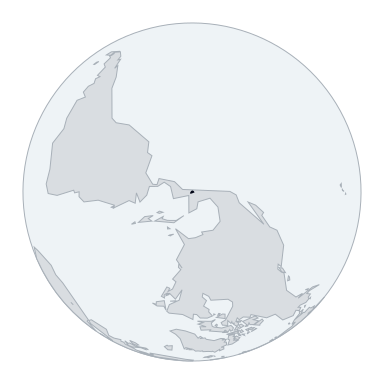 globe centered on Baja Verapaz, rotated 163°
{"feature_id": "GTM-1942", "entity_name": "Baja Verapaz", "entity_type": "Department", "adm_level": 1, "iso_a3": "GTM", "parent_name": "Guatemala", "parent_adm1": "", "projection": "orthographic", "projection_center": [-90.369, 15.089], "detail": "fine", "context": "on_globe", "style": "filled", "palette": "ink", "viewbox_px": 384, "rotation_deg": 163, "n_neighbors": 0, "source": "natural_earth", "source_scale": "10m", "svg_char_len": 8467}
<svg xmlns="http://www.w3.org/2000/svg" viewBox="0 0 384 384"><g transform="rotate(163 192 192)"><circle cx="192" cy="192" r="169" fill="#eef3f6" stroke="#a8b0b8"/><path d="M227.3,210.9L223.3,209.3L219.6,214.5L205.7,207.0L200.3,197.2L155.6,181.5L150.6,176.3L150.0,167.9L132.7,140.1L141.3,166.0L135.0,160.8L129.5,151.5L132.1,149.3L127.9,135.9L121.9,130.6L119.9,114.3L128.5,94.6L130.7,97.8L132.5,93.2L129.9,89.2L127.7,87.7L130.3,70.3L123.3,61.2L116.0,62.8L121.5,59.4L104.3,66.0L97.3,66.2L108.4,63.4L111.9,61.3L108.6,59.9L111.6,57.5L111.7,55.6L115.4,53.1L121.6,52.2L124.2,50.7L121.7,49.9L124.0,47.2L127.2,48.5L131.4,44.2L142.6,43.1L148.1,50.8L157.4,49.9L171.4,57.5L173.2,55.3L179.6,57.5L184.2,56.1L185.5,58.4L187.9,55.3L185.9,53.5L186.3,51.7L188.8,50.8L190.9,53.4L189.9,54.2L191.8,54.6L191.8,56.4L193.2,55.0L195.4,58.6L196.9,53.9L201.8,55.8L202.3,58.6L197.4,59.8L186.5,70.8L185.4,74.9L188.9,78.9L205.6,83.0L206.5,87.3L211.2,91.9L212.9,88.6L209.9,83.9L214.3,79.5L210.0,74.7L211.1,72.5L208.7,67.5L214.2,66.9L221.0,69.1L223.3,73.4L226.4,74.7L228.4,69.8L236.8,77.6L249.4,82.9L251.0,85.4L246.6,90.9L235.9,92.3L230.1,101.4L239.2,94.4L243.0,101.5L245.9,102.5L248.7,101.7L249.3,98.7L251.8,101.2L243.8,108.5L241.4,106.4L244.0,103.9L239.0,104.9L233.6,110.8L236.0,114.4L225.4,121.0L227.0,123.9L225.5,127.3L223.7,122.1L226.7,131.8L214.6,144.0L218.5,161.7L209.0,148.4L202.1,147.3L194.0,148.1L194.5,150.9L183.1,149.3L173.7,155.7L171.6,170.0L176.6,180.8L189.1,180.8L192.3,174.6L201.1,172.9L196.1,189.6L211.7,191.1L210.9,203.5L215.7,209.5L223.2,207.4L231.1,209.8L236.2,202.2L244.7,197.6L245.4,207.4L249.6,197.9L254.7,202.2L271.2,199.7L270.1,202.1L284.1,211.6L298.2,214.1L301.4,220.5L299.9,225.2L304.5,225.5L304.6,228.3L322.0,228.2L330.0,232.6L329.1,242.3L321.2,255.4L311.0,279.5L296.0,290.0L290.2,299.2L275.1,313.3L266.2,314.0L266.7,319.3L260.2,323.4L253.9,324.5L251.1,328.5L246.3,329.2L248.3,331.2L238.4,336.8L238.6,340.2L230.7,344.2L231.0,346.0L228.9,346.2L226.1,347.1L225.1,348.2L219.5,347.0L220.4,342.6L224.3,340.0L221.5,339.8L229.8,332.9L226.0,334.5L230.9,324.1L238.3,314.6L246.9,286.0L244.3,280.4L232.5,274.5L218.6,252.6L223.0,242.7L219.7,238.4L230.6,223.8L227.3,210.9ZM46.8,156.5L47.8,152.6L48.3,155.4L46.8,156.5ZM47.6,150.0L47.4,151.4L47.4,150.2L47.6,150.0ZM47.1,149.1L47.5,149.8L46.9,149.3L47.1,149.1ZM46.3,148.2L46.8,148.5L46.7,148.6L46.3,148.2ZM218.3,167.9L236.2,175.1L226.7,177.0L228.4,175.2L223.7,172.0L215.3,169.4L206.7,171.8L218.3,167.9ZM45.5,145.8L45.4,145.0L46.0,144.9L45.5,145.8ZM224.8,157.4L221.8,157.0L224.7,156.7L224.8,157.4ZM126.2,87.6L129.5,89.4L130.8,94.2L127.7,92.8L126.2,87.6ZM124.2,79.3L126.5,79.2L124.3,83.5L123.6,82.2L124.2,79.3ZM110.1,64.7L112.2,65.4L109.2,65.6L110.1,64.7ZM111.0,55.8L109.5,56.5L110.2,55.3L111.0,55.8ZM205.8,68.3L207.2,67.9L206.9,69.0L205.8,68.3ZM203.4,66.6L202.0,68.1L200.7,67.6L201.5,66.6L203.4,66.6ZM116.6,50.4L118.2,48.6L117.6,50.3L116.6,50.4ZM205.3,64.9L198.5,66.4L196.1,65.5L197.4,61.3L205.3,64.9ZM119.8,47.4L123.6,43.4L120.5,44.3L131.4,39.8L124.6,44.4L124.4,46.2L122.4,46.1L119.8,47.4ZM184.2,53.4L186.5,55.2L182.3,54.6L184.2,53.4ZM181.4,53.4L167.9,55.0L165.7,52.2L170.7,52.0L166.1,49.4L171.6,47.2L175.4,48.2L175.7,50.3L177.6,47.9L181.4,53.4ZM136.7,38.3L138.6,37.4L137.8,38.2L136.7,38.3ZM186.1,50.9L183.6,51.3L181.5,48.8L186.2,47.6L185.4,48.8L186.1,50.9ZM162.1,50.0L161.4,48.1L165.7,45.7L166.1,44.8L171.6,46.9L162.1,50.0ZM187.1,48.9L188.7,47.1L191.9,47.5L188.5,50.4L187.1,48.9ZM179.0,48.8L178.3,47.6L180.2,47.8L179.0,48.8ZM204.2,48.7L201.2,48.9L199.9,47.6L204.2,48.7ZM189.0,46.4L187.9,46.3L187.1,45.8L188.7,44.8L189.0,46.4ZM174.2,45.3L176.2,44.8L172.2,44.2L175.3,42.7L178.4,44.5L178.4,43.1L179.3,42.7L180.8,44.7L174.2,45.3ZM187.8,42.7L192.9,44.9L198.7,44.6L200.0,45.7L190.4,46.0L187.8,42.7ZM183.6,43.6L186.5,43.2L186.7,44.6L184.8,45.8L183.6,43.6ZM176.2,41.1L170.7,43.0L170.2,42.5L176.2,41.1ZM189.5,42.2L188.2,41.7L189.9,42.1L189.5,42.2ZM180.3,41.1L178.4,41.7L177.9,41.2L180.3,41.1ZM187.3,40.3L188.9,41.0L187.7,41.7L187.3,40.3ZM184.1,40.4L183.8,39.6L186.3,41.6L183.3,40.8L184.1,40.4ZM180.1,40.5L179.2,40.4L181.0,40.3L180.1,40.5ZM191.1,37.4L194.5,39.8L191.7,41.3L188.8,38.7L191.1,37.4ZM228.1,349.6L219.6,347.6L224.7,348.5L230.0,346.5L233.8,348.1L228.1,349.6ZM242.9,344.0L247.9,342.4L248.6,342.8L245.3,344.0L242.9,344.0ZM307.9,69.1L306.7,68.0L310.3,71.4L311.4,72.5L314.9,76.1L311.2,72.9L315.2,78.6L327.4,95.7L328.3,99.3L325.7,99.3L314.0,85.7L313.5,79.2L309.3,75.1L303.2,71.6L303.6,70.2L301.1,68.2L300.3,66.0L293.1,59.2L291.3,57.0L282.6,51.3L280.6,49.6L286.3,53.3L289.4,54.9L284.3,50.5L281.7,48.8L276.4,45.7L275.7,45.2L271.2,42.8L267.4,40.8L278.3,46.7L288.7,53.4L298.6,60.9L307.9,69.1ZM266.1,40.2L268.8,41.8L262.7,39.0L256.0,36.0L254.6,35.6L265.5,40.7L269.3,42.5L271.6,43.4L282.5,49.7L285.5,52.0L276.3,47.3L279.6,50.4L271.1,46.1L246.9,33.8L239.9,30.8L240.5,30.2L246.1,31.9L247.8,32.6L249.6,33.2L266.1,40.2ZM195.3,23.1L182.9,23.5L174.9,24.0L176.4,23.8L163.0,25.6L155.0,27.1L156.3,26.9L150.8,28.4L153.2,27.9L153.4,27.9L140.2,32.8L135.8,34.3L131.6,37.2L132.2,37.3L135.2,36.2L131.4,39.8L120.5,44.3L119.6,43.9L113.5,47.4L112.2,46.3L108.3,47.3L110.5,44.8L107.2,46.3L105.2,47.6L99.2,51.0L96.1,52.9L105.5,46.9L107.2,45.8L116.8,41.9L113.7,42.7L117.1,41.0L117.6,40.5L115.1,41.6L113.2,42.6L114.9,41.7L125.7,36.6L136.8,32.3L148.2,28.8L159.8,26.1L171.6,24.3L183.4,23.3L195.3,23.1ZM360.0,173.7L359.0,185.4L356.5,181.1L348.1,163.1L346.5,152.7L342.2,142.9L328.5,100.1L330.1,99.2L324.3,87.0L326.6,89.9L334.1,100.6L340.7,111.8L346.5,123.5L351.3,135.6L355.1,148.1L358.0,160.8L360.0,173.7ZM338.5,118.9L340.1,121.9L338.5,118.9ZM271.7,199.4L273.7,201.1L271.2,201.5L271.7,199.4ZM225.7,181.1L229.4,181.1L231.4,182.5L228.7,183.2L225.7,181.1ZM255.3,178.5L259.3,178.9L255.3,180.2L255.3,178.5ZM238.9,175.9L252.1,178.6L244.4,182.3L236.0,180.8L241.6,179.4L238.9,175.9ZM223.8,163.3L226.2,163.8L225.7,165.7L223.8,163.3ZM226.9,157.2L226.1,157.5L224.8,156.1L226.9,157.2ZM243.5,101.1L244.2,100.6L247.3,100.4L246.2,101.8L243.5,101.1ZM258.7,93.2L262.3,97.4L259.0,95.1L258.2,97.5L250.3,96.2L251.4,86.6L252.3,91.0L258.7,93.2ZM240.0,92.5L244.9,94.0L239.5,92.8L240.0,92.5ZM287.8,61.3L289.6,61.5L292.8,64.1L295.0,68.3L290.3,64.4L287.8,61.3ZM291.2,61.2L281.6,56.1L279.8,53.8L282.5,55.9L282.3,54.8L286.4,58.0L294.2,61.2L297.6,63.8L299.8,69.4L297.2,65.9L295.7,65.8L291.2,61.2ZM260.0,51.8L255.8,50.8L257.4,46.7L261.2,48.2L263.6,52.2L260.6,52.8L260.0,51.8ZM208.9,57.6L207.2,58.4L206.6,57.5L207.6,56.2L208.9,57.6ZM202.9,48.9L215.8,53.9L214.5,54.8L223.7,57.2L223.8,60.8L217.9,59.0L224.8,63.9L219.5,63.8L224.6,66.9L211.4,62.7L206.9,63.2L211.8,61.1L211.9,57.7L210.5,56.4L203.3,53.2L193.7,53.0L192.1,50.1L193.6,48.0L195.7,47.6L196.1,49.5L198.6,47.6L200.7,50.2L202.9,48.9ZM212.0,32.1L211.5,33.5L217.0,32.1L219.1,33.8L219.6,33.5L223.1,34.8L228.2,36.1L228.4,37.0L230.3,37.2L232.6,38.2L235.2,38.8L236.6,40.7L240.0,41.7L238.7,42.1L244.1,43.4L240.7,43.3L243.4,45.0L245.3,44.2L246.2,55.2L249.2,60.7L253.6,65.5L247.2,65.4L239.0,61.1L230.9,55.3L228.9,50.4L226.3,51.5L224.6,49.6L227.4,49.5L222.1,48.6L221.5,47.0L214.3,43.4L207.2,43.5L204.3,42.4L206.8,41.6L202.3,41.1L205.0,39.0L203.0,38.3L203.7,35.7L209.6,35.0L207.0,34.3L207.4,32.6L212.0,32.1ZM191.5,36.7L198.0,34.9L202.4,35.2L199.3,39.6L200.7,40.6L198.9,43.9L192.6,43.7L193.7,42.7L193.3,41.7L195.4,42.2L193.4,41.1L194.9,39.8L193.7,38.7L196.1,38.3L191.5,36.7ZM318.2,80.2L317.3,79.0L321.0,83.0L321.4,83.7L318.2,80.2ZM313.8,75.3L317.0,78.7L315.5,77.3L313.8,75.3ZM285.2,52.3L283.9,51.2L285.0,51.8L287.1,53.2L285.2,52.3ZM228.8,30.2L227.8,30.5L226.7,30.2L221.8,30.0L219.9,29.1L222.0,28.7L228.8,30.2ZM225.8,29.1L224.1,29.0L224.2,28.6L225.8,29.1ZM218.2,28.4L217.8,27.8L219.1,28.9L218.2,28.4ZM223.3,26.0L224.2,26.2L216.3,25.0L206.7,23.8L215.6,24.8L220.8,25.5L221.0,25.5L223.3,26.0ZM186.0,23.4L185.3,23.7L183.0,23.7L182.9,23.7L186.0,23.4ZM187.3,23.5L191.2,23.8L189.2,24.1L186.5,23.8L187.3,23.5ZM208.9,25.4L211.6,25.7L211.5,26.0L208.9,25.4ZM137.3,37.4L138.4,37.4L136.5,38.0L137.3,37.4ZM154.8,27.6L154.8,27.8L152.5,28.3L154.8,27.6ZM153.4,28.8L155.9,28.1L153.9,28.9L153.4,28.8ZM161.6,26.6L157.3,27.8L160.4,26.7L161.6,26.6Z" fill="#d9dde1" stroke="#a8b0b8" stroke-width="1"/><path d="M191.9,192.6L191.7,192.6L191.4,192.6L191.2,192.5L191.1,192.4L190.8,192.1L190.6,191.8L190.6,191.5L191.1,191.6L191.4,191.6L191.5,191.6L191.8,191.5L192.0,191.5L192.3,191.6L192.3,191.4L192.5,191.4L192.8,191.5L193.0,191.4L193.3,191.5L193.1,191.8L192.9,191.9L192.7,192.1L192.2,192.4L192.2,192.5L191.9,192.6L191.9,192.6Z" fill="#0f172a" stroke="#020617" stroke-width="1.5"/></g></svg>